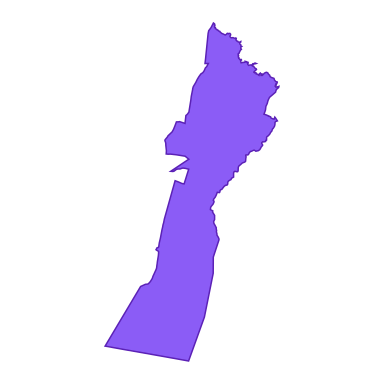 outline of Faleata West, Tuamasaga, Samoa
{"feature_id": "51752279B40564950197350", "entity_name": "Faleata West", "entity_type": "district", "adm_level": 2, "iso_a3": "WSM", "parent_name": "Samoa", "parent_adm1": "Tuamasaga", "projection": "orthographic", "projection_center": [-171.814, -13.871], "detail": "fine", "context": "isolated", "style": "filled", "palette": "violet", "viewbox_px": 384, "rotation_deg": 0, "n_neighbors": 0, "source": "geoboundaries", "source_scale": "gbopen_adm2", "svg_char_len": 4284}
<svg xmlns="http://www.w3.org/2000/svg" viewBox="0 0 384 384"><path d="M213.3,257.1L219.0,239.8L218.9,238.7L218.2,237.1L217.0,235.2L216.9,233.6L216.4,231.9L216.6,230.3L216.2,229.0L216.3,227.8L215.0,225.3L213.8,223.2L213.7,221.3L214.6,219.6L214.6,217.3L214.6,215.4L212.6,212.1L212.8,210.9L210.4,209.6L210.7,207.2L211.2,206.4L213.1,204.1L214.0,202.0L214.0,201.2L213.3,200.4L213.7,199.1L215.2,197.2L216.2,195.2L217.3,192.3L219.4,192.6L219.9,191.9L220.0,190.6L220.8,189.7L221.8,189.4L224.1,186.4L225.0,185.7L225.9,185.2L226.9,185.2L227.7,184.1L227.8,182.2L228.4,181.1L229.8,180.2L231.0,179.6L231.5,178.3L233.6,177.1L233.6,172.9L234.0,171.9L234.9,171.3L236.6,171.7L237.6,171.7L238.1,171.0L238.3,167.2L238.9,166.0L240.7,164.5L242.3,163.0L244.9,162.0L245.6,161.2L245.8,158.4L246.1,156.8L245.7,155.8L245.9,155.0L247.9,154.9L248.7,154.1L249.3,152.7L250.6,151.4L251.5,151.3L253.4,150.3L254.4,150.2L255.8,151.2L258.3,150.7L259.6,149.8L260.4,148.7L261.1,147.2L262.6,145.4L262.5,144.5L261.7,143.5L261.8,142.6L262.7,141.8L263.7,141.9L265.6,141.5L265.7,140.4L266.5,140.2L266.6,139.5L266.6,137.4L267.0,136.6L268.0,136.0L268.8,135.2L269.9,133.9L270.6,132.4L271.7,131.3L272.6,128.8L273.1,128.5L274.4,126.5L274.7,125.6L275.0,124.0L275.0,122.4L275.7,121.5L277.4,120.9L275.6,118.1L274.8,117.1L274.1,119.1L272.8,118.8L270.9,117.9L270.6,116.8L268.7,116.2L268.8,116.0L266.2,114.9L264.0,114.2L265.3,110.6L265.5,109.9L265.9,106.4L267.2,103.6L268.0,100.6L268.7,99.0L269.5,97.4L271.1,96.0L272.3,95.0L275.6,92.1L275.8,91.1L276.4,89.5L278.6,87.6L278.9,86.4L278.3,86.6L276.0,87.2L275.6,86.6L276.1,85.2L275.4,85.5L275.9,83.8L277.0,83.2L277.3,82.2L277.2,81.9L275.8,81.6L274.4,79.9L274.2,78.9L273.9,78.3L271.5,77.5L270.2,76.7L269.6,75.1L269.0,74.7L268.2,73.8L268.0,73.1L266.7,72.3L265.9,72.4L264.3,73.2L263.3,74.5L262.9,74.3L262.3,75.4L261.2,75.4L261.7,74.2L261.7,73.9L260.6,73.8L260.4,73.1L259.7,73.5L259.0,75.4L258.2,74.8L258.1,74.4L256.2,73.9L256.3,73.1L255.4,72.7L254.6,72.8L253.9,72.2L254.1,71.7L256.5,69.5L256.2,68.8L254.7,67.9L253.6,66.2L252.5,66.0L252.5,65.1L253.2,64.4L253.9,64.0L255.2,63.8L256.2,63.5L255.0,63.0L254.2,63.6L252.8,63.7L252.3,64.5L251.3,65.2L250.9,64.9L249.5,65.1L248.7,65.4L247.8,64.5L247.7,63.9L248.2,63.0L248.1,62.4L247.0,62.5L246.8,61.7L245.7,61.6L245.1,61.3L245.0,62.2L243.7,62.5L243.2,62.3L241.9,62.7L241.0,62.7L240.6,60.8L241.5,60.0L241.3,59.5L239.8,59.5L239.4,58.9L238.7,58.3L238.9,57.4L238.4,57.2L238.2,55.7L238.6,55.3L238.2,54.7L238.2,53.8L239.1,53.2L239.7,51.6L240.7,49.9L241.4,49.3L240.8,48.4L240.9,46.9L241.7,46.4L240.9,46.0L240.8,44.8L240.1,44.4L239.7,43.4L239.7,42.8L240.8,42.0L240.8,41.5L239.4,42.3L238.1,41.9L237.7,41.2L237.1,41.2L236.2,40.3L236.0,39.8L236.3,38.3L235.7,38.0L235.3,38.5L232.9,37.6L231.7,37.8L231.0,37.7L230.1,36.8L229.9,36.1L230.6,35.1L230.6,34.2L229.9,33.4L229.0,33.4L228.4,33.8L227.6,33.3L227.0,33.5L226.7,34.0L225.5,34.9L224.5,34.7L223.9,34.3L222.4,33.6L221.6,33.4L221.0,32.7L220.2,32.2L219.9,31.4L218.5,30.9L217.8,30.0L217.2,30.0L216.9,29.5L215.3,28.5L215.4,27.5L214.6,27.2L214.5,25.8L214.9,25.5L214.9,24.9L214.4,24.4L214.5,23.8L213.4,23.0L211.1,27.5L208.7,30.7L208.1,33.5L205.5,59.3L205.0,63.5L208.3,63.5L206.7,66.6L205.4,67.9L204.2,70.7L202.9,72.6L200.8,74.0L198.8,76.8L197.2,79.5L195.8,82.4L193.3,86.6L192.7,88.6L192.7,89.1L192.3,91.2L191.3,96.2L190.8,100.3L188.9,112.1L187.3,114.3L185.9,115.5L185.0,123.4L179.5,121.6L178.9,121.8L176.4,121.9L175.2,125.2L173.5,129.4L172.1,131.9L170.3,133.6L168.0,135.8L167.3,137.1L165.1,139.7L164.9,140.7L165.5,142.2L165.8,143.7L165.8,145.1L166.4,150.7L166.2,154.0L168.3,154.2L170.3,154.1L176.5,154.8L185.1,156.2L188.8,159.2L170.7,171.3L172.9,171.5L174.0,171.2L176.4,169.4L177.8,169.0L180.0,169.0L182.2,168.2L183.1,168.1L185.5,168.4L188.7,169.2L184.1,183.9L182.9,183.7L181.7,183.4L178.6,182.0L175.1,180.7L164.4,218.9L163.6,222.9L163.0,224.9L162.6,227.2L162.0,229.7L160.4,238.2L159.3,242.8L158.7,246.9L158.2,247.5L157.1,247.7L156.0,249.7L156.6,250.2L158.3,251.2L158.6,251.6L158.5,254.1L158.3,256.0L157.3,262.2L157.2,263.4L156.9,265.3L156.6,268.0L156.2,269.2L154.0,274.1L153.0,276.2L152.3,278.4L150.6,281.2L149.8,282.2L148.4,283.7L147.5,284.1L145.4,284.3L140.6,286.5L105.1,346.1L124.5,349.6L163.6,356.5L175.9,358.7L188.6,361.0L204.4,317.1L213.2,273.3L213.3,257.1Z" fill="#8b5cf6" stroke="#5b21b6" stroke-width="1.5"/></svg>